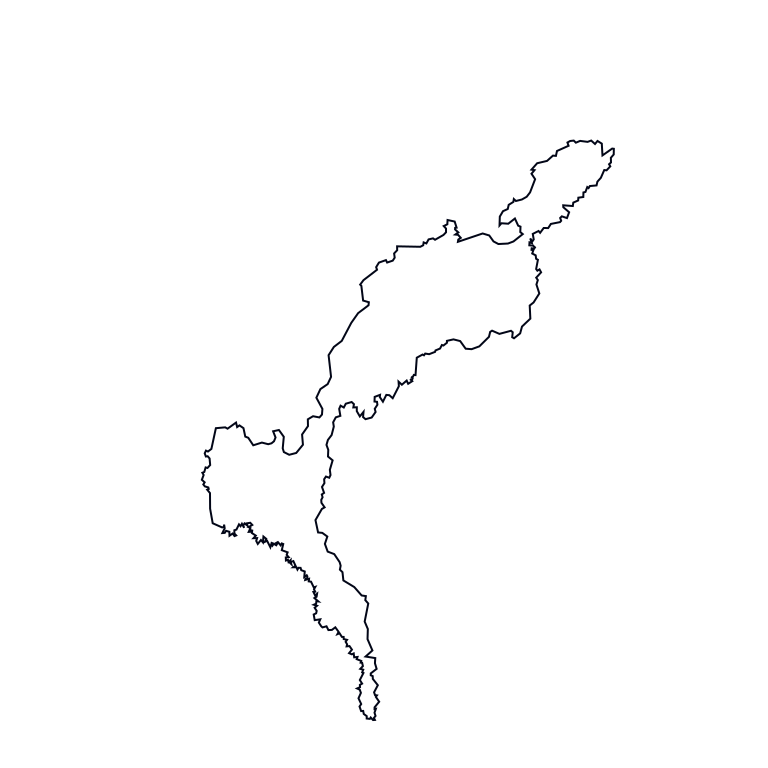 Medio San Juan (Andagoya), Chocó, Colombia (Robinson projection), rotated 25°
{"feature_id": "7082276B61520359869131", "entity_name": "Medio San Juan (Andagoya)", "entity_type": "district", "adm_level": 2, "iso_a3": "COL", "parent_name": "Colombia", "parent_adm1": "Chocó", "projection": "robinson", "projection_center": [-76.781, 4.808], "detail": "fine", "context": "isolated", "style": "outline", "palette": "ink", "viewbox_px": 768, "rotation_deg": 25, "n_neighbors": 0, "source": "geoboundaries", "source_scale": "gbopen_adm2", "svg_char_len": 6131}
<svg xmlns="http://www.w3.org/2000/svg" viewBox="0 0 768 768"><g transform="rotate(25 384 384)"><path d="M471.0,206.4L468.9,206.2L467.1,203.3L463.2,203.1L462.8,199.6L461.0,200.1L460.5,198.6L462.9,197.8L463.1,196.4L460.5,195.6L457.1,196.9L456.0,194.1L458.4,193.8L455.0,190.3L458.2,192.0L458.6,189.7L455.4,185.1L459.4,180.0L461.6,181.0L462.8,175.1L466.9,173.3L467.6,168.4L475.1,162.9L475.6,161.2L473.5,159.1L474.3,156.9L479.7,156.3L479.2,150.1L471.8,148.0L470.9,146.3L479.9,142.9L478.9,139.6L482.4,135.6L481.4,133.0L485.6,130.3L483.8,126.1L485.4,124.8L485.0,119.6L486.6,120.0L486.9,117.6L492.7,114.2L491.9,110.4L493.4,105.5L493.2,97.0L495.4,96.3L497.1,91.1L495.1,89.7L496.1,87.3L494.0,83.1L495.2,78.9L492.9,73.7L491.3,74.2L485.4,84.5L479.8,74.1L474.8,73.5L473.8,77.3L468.9,75.8L466.2,78.5L459.0,80.8L455.9,84.2L453.1,83.2L450.0,85.1L448.2,87.6L450.6,90.1L442.3,99.7L443.4,104.6L440.6,105.6L437.5,112.9L429.5,119.2L427.1,127.4L430.0,126.6L428.8,131.1L434.4,134.5L435.4,148.6L434.2,154.0L431.0,158.5L426.2,162.4L423.5,161.5L424.3,164.3L421.3,168.9L422.2,173.1L418.8,177.1L418.2,183.3L421.7,191.5L422.5,188.7L428.9,186.2L432.7,178.7L438.7,183.8L441.2,183.7L443.3,188.7L446.4,189.5L441.1,200.1L437.0,204.3L428.5,208.8L423.0,208.5L416.6,204.9L409.8,205.9L390.9,223.9L390.3,221.7L391.8,219.1L388.1,217.5L385.5,218.4L387.3,215.2L383.1,213.9L382.5,212.4L383.7,211.6L379.4,206.9L372.3,208.5L373.9,212.5L371.4,215.6L374.5,216.9L376.1,220.3L374.9,223.8L369.3,231.7L366.9,231.3L363.3,234.1L363.0,238.7L360.1,238.9L360.9,241.7L358.9,244.3L337.7,253.7L339.4,257.2L338.0,261.4L340.3,265.0L339.8,268.5L335.5,272.6L333.4,270.9L328.1,276.1L327.5,281.4L329.4,283.4L321.5,298.6L320.4,304.0L322.0,304.6L329.8,317.2L335.7,316.3L336.7,319.2L330.6,330.7L328.5,342.4L327.5,362.8L322.9,371.6L321.6,381.3L333.0,399.9L333.0,407.9L328.5,415.5L328.5,425.0L338.7,432.6L340.7,437.9L339.6,441.6L333.3,443.2L329.9,448.2L332.9,454.3L331.1,464.4L336.2,473.3L333.6,483.6L328.0,488.2L322.0,488.0L319.4,485.1L315.5,474.2L308.2,470.1L303.5,473.7L308.3,478.3L308.5,482.4L307.1,485.3L304.5,487.5L298.1,488.7L291.4,494.8L283.7,490.1L280.5,490.3L275.3,483.4L270.5,482.6L269.1,485.1L266.2,481.5L261.1,490.6L258.4,490.4L250.3,495.1L255.0,515.8L253.0,519.6L250.8,519.6L250.8,522.6L253.2,525.0L254.7,524.0L257.4,525.2L260.7,530.9L259.5,534.7L257.6,535.0L258.3,539.7L256.9,541.2L259.0,542.7L259.4,547.8L263.0,548.9L262.7,551.4L264.9,552.5L268.5,552.0L269.5,553.2L268.4,554.5L272.4,556.4L279.1,570.5L287.6,582.6L297.9,582.4L299.3,581.2L298.5,579.0L300.6,582.1L300.5,587.4L302.6,586.2L302.9,583.8L306.3,583.3L308.1,586.8L310.0,583.5L312.8,585.0L314.0,583.7L311.6,582.7L310.2,579.8L311.8,578.3L311.9,572.5L314.1,573.5L314.3,570.7L318.0,573.5L316.2,571.5L316.5,569.3L320.2,570.1L318.5,568.3L321.4,566.3L324.2,567.4L321.7,571.0L323.8,571.0L323.9,575.2L325.5,574.3L324.9,572.8L326.5,572.5L327.2,574.9L331.9,575.6L330.9,578.9L334.1,577.3L334.5,580.2L337.2,582.3L338.4,577.4L341.2,578.7L339.2,573.2L342.7,574.1L342.8,577.3L344.3,575.5L350.0,580.0L349.3,575.5L350.8,575.4L350.2,577.0L351.2,577.7L351.6,575.4L354.5,575.7L354.7,573.9L353.5,573.6L354.6,572.1L358.5,573.9L358.7,571.7L360.3,571.6L361.6,577.8L367.8,577.3L368.0,580.0L370.7,581.2L368.3,582.7L369.7,585.4L371.2,583.9L372.7,585.7L373.7,583.2L374.4,585.8L376.1,586.4L374.7,584.8L376.7,582.8L380.6,586.1L379.3,588.4L382.0,587.1L384.0,588.8L384.2,586.7L386.1,585.9L387.7,587.7L391.4,587.4L393.3,592.6L394.8,590.0L395.8,590.7L396.7,592.8L395.1,593.6L395.4,594.9L398.4,592.2L399.2,594.7L401.4,594.0L406.3,598.0L407.5,596.9L407.3,599.7L409.4,601.3L407.9,602.3L411.0,604.8L412.0,602.5L412.8,605.3L411.4,607.4L416.4,608.8L414.5,609.4L415.3,611.8L413.7,613.7L417.0,613.3L415.7,616.1L418.9,618.1L419.4,620.5L417.7,622.6L421.0,627.3L425.7,624.2L425.8,627.8L429.5,630.1L431.1,630.6L434.3,627.9L437.6,630.5L440.7,628.9L442.7,625.1L447.6,627.8L447.5,630.4L449.1,628.7L452.7,631.0L454.3,630.3L455.3,632.2L458.6,631.5L458.2,633.9L460.6,635.5L461.0,637.6L463.5,636.1L467.2,638.3L466.1,642.7L469.1,642.6L470.4,641.0L472.5,644.3L475.3,642.6L475.5,644.9L480.4,644.6L480.6,646.4L482.0,645.9L484.1,648.6L482.9,652.2L485.9,651.7L486.1,654.6L487.5,654.6L487.2,662.5L490.8,664.8L489.3,666.9L490.4,668.9L488.3,671.3L491.2,671.3L493.6,673.7L493.7,679.6L498.6,683.7L498.1,686.6L501.5,690.1L503.3,689.1L505.1,691.6L508.7,692.3L509.7,694.5L512.7,693.5L512.9,691.9L516.1,693.2L517.7,692.3L516.0,690.9L516.6,688.4L514.3,685.9L513.9,681.8L512.8,682.6L512.1,681.0L513.9,674.0L508.8,671.0L509.2,669.2L507.3,669.7L505.3,667.6L505.7,659.6L498.5,656.0L497.2,653.5L495.1,653.6L494.3,651.9L497.7,645.3L493.8,640.9L491.9,636.1L482.5,638.8L486.1,630.4L476.9,622.2L472.9,612.9L466.9,607.5L462.5,589.6L458.4,587.8L457.2,583.9L453.1,585.1L442.9,580.6L430.2,579.2L425.9,572.1L422.5,570.9L421.5,567.0L419.1,564.2L410.8,559.2L403.8,559.7L398.0,553.9L397.1,546.2L391.0,545.0L387.0,546.4L379.4,536.3L380.5,523.5L382.3,520.9L377.5,518.1L376.1,515.5L376.2,512.6L374.3,510.4L375.7,508.0L371.3,503.5L371.9,499.0L370.0,495.6L370.5,492.4L374.0,492.1L374.0,489.1L371.2,484.7L369.7,474.9L363.9,473.4L361.3,467.2L357.6,463.5L356.8,458.4L358.1,452.4L356.5,443.8L354.1,440.2L354.4,434.6L357.9,431.3L353.9,425.5L353.8,422.0L357.5,422.3L357.7,418.0L362.3,414.0L365.3,415.0L366.1,418.2L369.2,416.6L370.8,420.1L375.8,423.6L377.2,417.9L379.0,422.8L382.1,423.7L387.0,419.6L388.2,412.9L386.1,410.4L386.8,405.6L385.2,403.1L382.8,403.9L381.0,399.6L385.0,395.5L385.7,397.6L390.5,400.5L390.7,392.9L393.6,391.9L397.9,393.2L398.4,379.7L396.2,375.7L400.5,377.1L403.1,371.3L405.8,373.6L408.4,369.5L405.6,368.6L407.6,368.6L407.6,366.9L405.6,365.8L407.1,366.1L407.2,363.1L408.8,362.6L402.6,346.3L406.5,341.0L408.1,341.1L408.5,339.0L412.3,337.9L416.7,333.3L416.5,331.8L419.8,328.2L420.0,324.2L421.6,324.0L423.6,320.0L422.8,318.3L428.1,314.2L434.9,312.9L443.1,317.5L448.7,315.4L454.5,309.6L459.2,296.9L458.2,291.9L459.4,290.0L467.4,289.8L476.6,282.1L478.8,282.7L480.4,287.4L482.5,287.6L486.0,280.6L484.8,273.6L489.0,262.9L482.9,251.3L485.1,246.9L486.5,236.3L480.1,229.4L479.5,224.8L477.0,223.3L479.2,216.4L476.5,214.4L475.1,216.5L473.3,215.5L471.0,206.4Z" fill="none" stroke="#020617" stroke-width="2"/></g></svg>